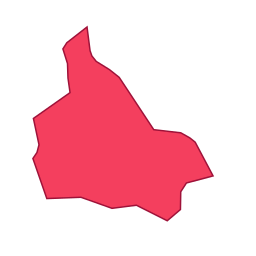 an SVG outline of Starše, rotated 14°
{"feature_id": "SVN-996", "entity_name": "Starše", "entity_type": "Statistical Region", "adm_level": 1, "iso_a3": "SVN", "parent_name": "Slovenia", "parent_adm1": "", "projection": "natural_earth1", "projection_center": [15.758, 46.466], "detail": "fine", "context": "isolated", "style": "filled", "palette": "rose", "viewbox_px": 256, "rotation_deg": 14, "n_neighbors": 0, "source": "natural_earth", "source_scale": "10m", "svg_char_len": 490}
<svg xmlns="http://www.w3.org/2000/svg" viewBox="0 0 256 256"><g transform="rotate(14 128 128)"><path d="M63.8,39.9L72.5,62.2L75.5,66.8L81.1,71.1L96.0,75.9L107.2,81.0L153.4,123.4L180.4,119.9L190.5,122.7L196.6,125.5L222.1,153.9L198.0,167.2L194.6,177.1L198.6,194.4L188.5,208.5L154.8,200.9L131.9,209.8L99.1,206.6L66.3,216.1L43.1,180.6L45.6,173.8L45.7,165.8L33.9,141.6L63.2,107.7L57.7,94.1L53.7,80.1L45.7,67.0L48.0,60.1L63.8,39.9Z" fill="#f43f5e" stroke="#9f1239" stroke-width="1.5"/></g></svg>